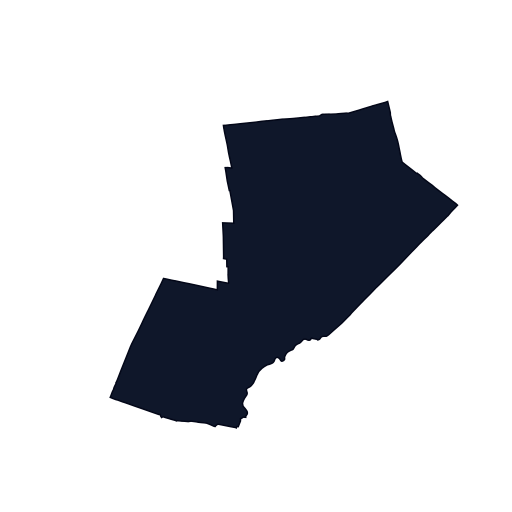 Thoai Son, An Giang, Vietnam (Mercator projection), rotated 133°
{"feature_id": "81297802B55991258422340", "entity_name": "Thoai Son", "entity_type": "district", "adm_level": 2, "iso_a3": "VNM", "parent_name": "Vietnam", "parent_adm1": "An Giang", "projection": "mercator", "projection_center": [105.279, 10.278], "detail": "fine", "context": "isolated", "style": "filled", "palette": "ink", "viewbox_px": 512, "rotation_deg": 133, "n_neighbors": 0, "source": "geoboundaries", "source_scale": "gbopen_adm2", "svg_char_len": 6023}
<svg xmlns="http://www.w3.org/2000/svg" viewBox="0 0 512 512"><g transform="rotate(133 256 256)"><path d="M81.4,143.3L81.4,145.7L81.9,149.9L82.2,154.1L82.6,158.3L83.1,162.4L84.0,171.7L84.1,175.2L84.7,180.1L85.2,185.5L85.4,187.3L85.4,187.7L85.2,188.8L85.1,190.9L85.3,192.7L85.4,193.4L85.5,194.3L85.5,194.6L86.0,194.8L86.1,195.1L86.2,195.4L86.6,200.9L87.2,207.4L87.4,209.5L87.5,211.3L87.6,212.1L87.6,213.3L85.8,216.1L84.8,217.5L83.1,219.9L81.9,221.5L80.7,223.2L79.5,224.9L77.6,227.5L75.9,230.0L74.7,231.9L73.6,233.8L72.4,236.0L70.7,239.4L70.4,239.8L70.2,240.2L68.9,242.1L65.2,248.0L63.4,250.7L62.0,252.7L61.4,253.7L59.6,255.5L58.3,257.4L53.2,265.1L55.6,266.3L66.3,272.9L68.6,274.1L70.2,275.1L71.8,276.0L75.4,278.1L79.0,280.1L80.0,280.7L85.9,284.2L88.3,285.6L88.6,285.8L88.9,286.1L89.1,286.4L89.5,286.9L89.9,287.4L91.7,289.0L93.6,290.8L95.6,292.6L97.6,294.3L99.5,296.2L101.1,297.8L102.8,299.7L104.5,301.4L106.9,303.9L107.3,304.2L107.9,304.5L109.2,304.8L110.1,305.0L110.5,305.2L112.3,306.8L113.3,307.9L115.8,309.9L117.3,311.4L120.6,314.1L121.6,315.2L125.9,318.9L130.1,322.6L134.2,326.4L136.9,329.0L138.0,330.1L141.9,333.4L145.7,336.7L148.9,339.4L150.0,340.5L154.0,344.0L158.1,347.3L170.0,357.7L174.1,361.2L178.0,364.7L181.2,367.4L182.0,368.2L182.7,368.9L184.4,366.8L185.4,365.4L186.2,364.4L188.7,360.9L191.1,357.4L193.6,353.8L194.6,352.4L199.0,346.7L201.7,342.9L204.2,339.2L206.8,335.5L208.1,333.7L208.6,334.2L209.4,335.3L210.0,336.2L210.8,337.2L212.4,338.8L213.1,337.9L213.9,336.8L214.5,336.0L220.7,328.2L226.3,320.2L225.9,319.8L234.6,308.1L238.1,303.4L247.2,294.6L254.5,303.0L263.2,294.0L264.3,292.9L276.7,281.0L278.9,278.9L280.0,278.0L278.3,275.2L283.7,270.0L282.9,269.0L288.3,264.0L288.5,263.9L291.5,260.8L294.3,257.7L294.6,257.5L294.8,257.6L299.0,264.3L300.7,267.1L307.1,261.2L308.1,262.8L309.4,265.1L311.0,267.7L311.6,268.7L315.5,275.3L319.0,281.2L322.0,286.2L324.7,290.5L328.5,296.9L329.3,298.2L329.6,298.6L331.3,301.3L334.0,305.9L335.5,308.3L340.6,306.6L352.3,303.1L353.3,302.7L363.3,299.6L369.8,297.6L370.3,297.5L376.6,295.6L380.1,294.5L383.4,293.4L391.4,290.9L404.9,287.0L408.1,285.9L413.2,283.9L431.5,276.8L440.7,273.1L443.2,272.2L444.2,272.0L444.9,271.3L445.4,271.2L446.1,271.0L447.5,270.6L449.2,270.0L451.1,269.0L451.7,268.9L453.6,268.3L457.7,266.6L458.8,266.2L457.8,263.5L456.4,260.1L456.0,259.6L455.4,258.3L453.5,253.7L453.3,253.4L453.1,253.0L450.9,248.0L448.4,242.2L445.3,235.2L441.5,226.5L438.2,219.0L437.8,218.6L437.3,218.1L437.5,217.9L437.7,217.3L438.1,216.4L438.5,214.9L437.8,214.7L437.0,214.4L436.8,214.0L436.5,213.3L436.1,212.4L435.6,211.4L434.4,209.1L433.6,207.4L433.2,206.5L432.9,206.1L432.6,205.4L431.7,203.7L431.3,202.9L431.1,202.5L431.0,202.1L431.0,201.8L430.0,201.1L428.7,199.5L427.4,197.7L425.6,195.6L423.3,192.6L421.1,190.9L418.0,186.6L416.9,184.8L415.2,182.5L413.3,180.1L411.9,178.1L410.4,174.3L409.2,170.7L408.7,169.8L408.6,169.6L408.4,169.6L408.2,169.6L407.7,169.7L407.3,169.7L407.1,169.7L406.7,169.6L406.3,169.5L406.1,169.5L405.9,169.6L405.6,169.5L405.3,169.4L405.1,169.1L404.7,168.8L403.5,166.9L398.2,158.3L395.8,154.6L395.3,153.7L395.2,153.2L394.5,153.5L393.9,153.8L393.0,152.6L392.4,152.8L389.4,154.0L387.5,154.7L386.6,155.4L385.5,156.4L385.0,156.1L384.4,155.9L383.9,155.7L382.9,155.5L382.3,155.2L382.2,155.1L381.8,154.5L381.6,154.2L381.3,153.9L381.0,153.5L380.7,153.8L380.3,154.1L379.6,154.3L379.2,154.4L378.4,154.5L377.8,154.6L377.4,154.8L377.0,155.0L376.8,155.2L376.2,155.8L375.8,156.5L375.5,157.4L375.3,158.4L375.0,160.1L374.8,162.1L374.7,162.7L374.6,163.1L374.3,163.6L373.9,164.1L373.6,164.6L373.1,165.2L372.6,165.6L371.4,166.2L369.9,166.8L367.8,167.4L364.0,168.0L363.4,168.2L362.9,168.5L362.2,169.0L361.6,170.0L360.9,171.1L360.5,171.6L360.1,172.0L359.5,172.3L358.9,172.3L358.1,172.1L357.0,171.7L355.8,171.3L354.7,171.1L353.5,171.1L352.0,171.2L350.8,171.3L349.9,171.5L348.9,171.9L346.5,172.6L345.1,173.1L343.8,173.6L342.9,174.0L341.3,174.4L340.4,174.7L339.3,175.0L338.8,175.1L338.0,175.2L335.4,175.1L334.9,175.1L334.1,175.1L333.2,174.9L332.0,174.7L331.1,174.5L329.1,173.9L328.1,173.6L327.3,173.2L326.7,172.7L324.8,171.7L324.0,171.4L323.0,171.0L322.3,170.9L321.7,170.9L320.7,171.0L319.9,171.3L319.0,171.7L318.4,171.9L317.9,172.0L317.4,172.1L316.9,172.0L316.3,171.8L315.6,171.3L315.3,171.0L315.2,170.3L315.0,169.3L315.0,168.7L315.2,167.9L315.5,166.7L315.6,166.2L315.5,165.9L315.4,165.4L315.0,165.1L314.3,164.8L313.6,164.5L313.3,164.5L312.1,164.6L311.5,165.1L311.2,165.4L310.9,165.7L310.7,166.0L310.3,166.3L308.7,166.8L307.9,167.1L306.6,167.3L305.6,167.4L304.4,167.3L303.8,167.1L303.1,166.9L302.7,166.8L302.2,166.6L301.2,166.2L300.7,166.0L299.8,165.5L299.4,165.4L298.8,165.3L298.1,165.5L297.3,165.6L296.3,165.9L295.2,166.1L294.3,166.1L293.6,166.0L292.6,165.8L291.2,165.3L290.6,165.0L289.9,164.7L289.3,164.6L288.6,164.5L287.8,164.5L286.4,164.5L285.6,164.5L285.2,164.5L284.5,164.4L283.5,163.6L283.1,163.1L282.8,162.7L282.6,162.2L282.4,161.5L282.3,161.1L282.0,160.6L281.7,160.1L281.4,159.7L280.9,159.4L280.3,159.1L279.7,159.1L279.3,159.2L279.0,159.4L278.6,159.4L278.1,159.3L277.9,159.0L277.7,158.5L277.6,158.1L277.4,157.8L277.1,157.4L276.8,156.9L276.4,156.3L276.3,156.0L275.8,155.4L275.4,154.7L275.3,154.1L275.3,153.6L274.8,153.3L274.2,153.0L273.9,152.9L273.5,152.8L273.3,152.8L272.8,152.8L271.5,153.0L271.1,153.0L270.8,153.0L270.3,152.9L269.8,152.7L268.8,152.0L268.2,151.4L267.6,150.8L267.2,150.3L266.9,150.0L266.6,149.8L266.1,149.6L265.5,149.5L264.2,149.2L263.2,149.1L257.6,148.6L249.7,147.8L246.8,147.5L244.0,147.4L239.2,147.3L234.9,147.1L232.5,147.3L224.6,147.2L219.3,147.1L216.7,147.0L214.1,147.0L211.5,146.9L208.9,146.8L206.3,146.7L197.0,146.6L196.3,146.5L192.6,146.3L187.2,146.1L181.8,145.9L171.1,145.4L165.7,145.2L160.4,145.1L157.7,145.1L147.0,145.0L144.4,144.9L139.1,144.8L136.4,144.8L131.1,144.6L128.5,144.5L125.9,144.3L123.6,144.2L121.4,144.3L119.6,144.2L117.9,144.2L116.4,144.0L113.9,143.9L108.7,143.7L105.0,143.6L101.3,143.4L100.4,143.4L97.8,143.3L96.6,143.3L95.8,143.1L91.0,143.4L88.1,143.4L84.3,143.3L81.4,143.3Z" fill="#0f172a" stroke="#020617" stroke-width="1.5"/></g></svg>